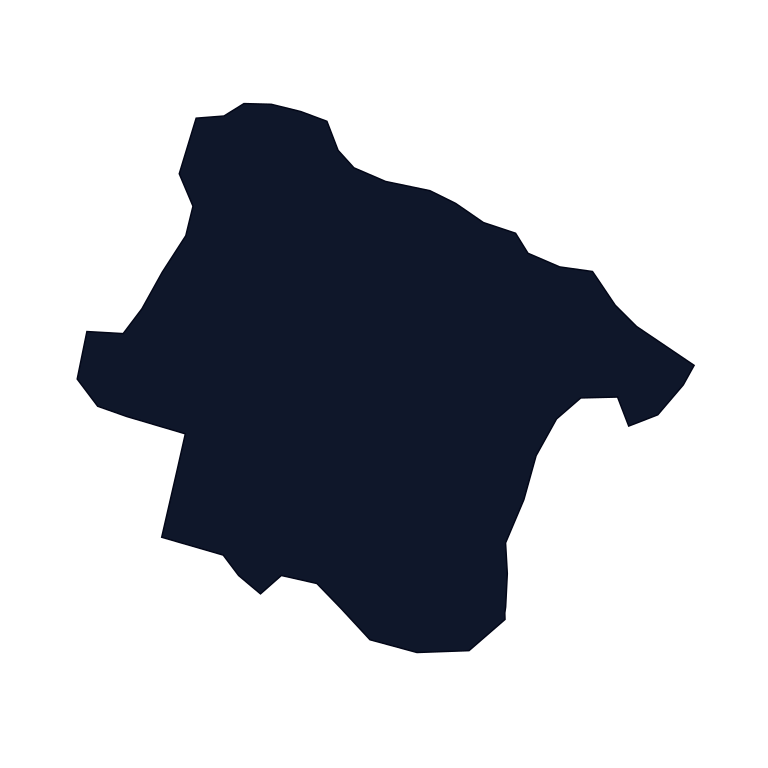 Gwangsan-gu, South Jeolla, South Korea (Mercator projection), rotated 278°
{"feature_id": "91817680B16538338684661", "entity_name": "Gwangsan-gu", "entity_type": "district", "adm_level": 2, "iso_a3": "KOR", "parent_name": "South Korea", "parent_adm1": "South Jeolla", "projection": "mercator", "projection_center": [126.761, 35.15], "detail": "fine", "context": "isolated", "style": "filled", "palette": "ink", "viewbox_px": 768, "rotation_deg": 278, "n_neighbors": 0, "source": "geoboundaries", "source_scale": "gbopen_adm2", "svg_char_len": 865}
<svg xmlns="http://www.w3.org/2000/svg" viewBox="0 0 768 768"><g transform="rotate(278 384 384)"><path d="M445.6,688.5L476.1,626.1L494.2,602.0L515.7,582.7L524.4,574.8L524.4,541.6L533.5,508.4L551.6,493.3L557.7,460.0L572.8,429.8L581.8,402.6L584.8,357.3L593.9,324.1L609.0,306.0L636.2,290.9L642.2,263.7L645.3,233.5L642.2,206.3L627.1,188.2L621.1,161.0L612.2,159.6L563.7,152.0L533.5,170.1L503.3,167.1L464.0,148.9L424.8,133.8L397.6,118.7L394.6,82.5L346.2,79.5L322.1,103.6L316.0,133.8L307.0,194.2L270.7,191.2L201.3,185.2L192.2,248.6L174.1,266.7L164.4,282.2L159.0,290.9L180.1,309.0L177.1,345.3L156.0,372.4L128.8,405.7L122.7,454.0L131.8,505.3L167.7,536.6L174.1,535.5L180.1,535.5L213.4,532.5L243.6,526.5L288.9,538.6L334.2,544.6L373.4,559.7L397.6,580.8L403.6,617.1L376.4,632.2L391.6,659.4L424.8,680.5L445.6,688.5Z" fill="#0f172a" stroke="#020617" stroke-width="1.5"/></g></svg>